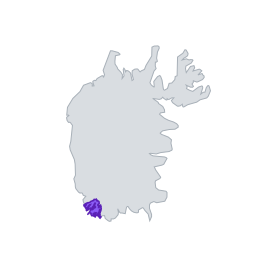 location of Fjarðabyggð, Austurland, Iceland, rotated 114°
{"feature_id": "244011B48850905136863", "entity_name": "Fjarðabyggð", "entity_type": "district", "adm_level": 2, "iso_a3": "ISL", "parent_name": "Iceland", "parent_adm1": "Austurland", "projection": "mercator", "projection_center": [-13.826, 65.041], "detail": "fine", "context": "in_parent", "style": "filled", "palette": "violet", "viewbox_px": 256, "rotation_deg": 114, "n_neighbors": 0, "source": "geoboundaries", "source_scale": "gbopen_adm2", "svg_char_len": 8213}
<svg xmlns="http://www.w3.org/2000/svg" viewBox="0 0 256 256"><g transform="rotate(114 128 128)"><path d="M187.5,77.0L189.5,77.1L192.7,75.7L197.4,71.3L199.4,70.4L203.9,70.4L198.4,74.6L196.4,79.1L194.9,81.4L194.9,82.4L198.7,85.1L200.6,84.2L201.4,84.6L202.1,85.9L202.6,88.4L202.3,91.1L201.2,93.8L199.7,96.0L199.9,96.7L201.1,97.1L207.4,95.7L208.1,99.0L208.7,100.1L208.5,101.2L206.0,104.6L209.0,102.4L211.3,101.8L215.3,102.9L216.9,104.2L217.9,106.4L219.9,105.7L220.8,107.0L220.8,108.3L219.9,112.0L217.6,113.8L219.0,116.4L220.2,116.5L220.4,117.1L220.3,118.7L218.4,120.5L221.4,122.6L221.8,123.3L221.6,125.6L221.1,126.9L220.2,127.7L218.0,127.9L216.7,128.7L217.2,130.1L216.7,134.0L215.0,137.2L213.4,138.9L211.8,140.0L207.5,138.8L207.7,141.5L206.1,143.2L206.4,144.6L207.0,145.3L206.7,147.1L204.7,150.9L203.3,152.1L200.5,153.5L196.5,156.8L192.5,156.8L182.5,161.6L178.6,164.2L171.5,171.9L168.5,173.9L163.5,174.8L148.2,179.8L146.5,182.8L146.4,183.5L147.1,184.6L145.9,186.7L143.6,188.3L142.6,188.2L140.7,187.0L140.4,187.6L141.2,189.2L133.7,191.7L123.4,190.4L114.3,186.7L107.0,186.0L101.9,180.8L101.8,180.0L102.3,178.5L104.2,177.8L103.3,176.2L100.2,179.0L99.2,178.9L97.9,177.8L97.8,176.7L95.3,176.3L90.8,173.0L90.5,172.2L91.5,171.2L91.3,171.0L88.9,171.1L85.4,174.2L64.6,175.4L63.9,173.8L63.0,167.8L63.8,165.3L64.6,165.5L67.1,168.9L72.6,167.0L74.9,165.8L77.0,162.5L78.2,161.4L79.9,157.3L81.6,154.7L85.2,153.5L82.0,152.8L76.7,156.1L75.0,156.1L75.8,154.7L77.6,153.0L76.3,152.9L75.9,152.2L75.8,150.6L76.7,148.1L83.0,143.6L81.5,142.7L77.2,146.2L74.0,147.4L71.5,145.8L70.3,143.7L70.3,142.8L71.8,140.1L71.6,139.5L70.6,139.3L67.8,136.8L63.4,137.0L52.6,135.6L44.4,139.0L42.5,137.4L40.8,134.0L41.2,132.6L42.6,131.9L46.6,132.0L52.5,130.3L55.2,128.3L56.2,128.8L56.7,129.8L60.3,128.3L62.3,126.5L65.5,127.4L77.7,126.4L79.3,124.1L80.0,121.3L79.7,120.7L75.2,123.3L74.2,123.2L69.0,121.9L67.1,120.3L67.7,119.1L70.4,116.4L77.5,111.9L78.5,111.0L78.6,110.0L75.8,108.0L70.5,108.6L69.1,106.3L64.8,104.9L61.8,105.8L60.3,104.4L43.0,111.6L37.4,108.3L33.4,107.8L33.1,106.7L35.4,103.5L37.0,103.0L38.6,103.3L41.7,105.5L43.8,106.2L41.1,102.9L41.0,99.8L40.2,99.0L39.4,96.9L39.7,96.2L42.9,96.6L47.9,100.3L50.4,99.6L53.7,97.3L46.4,96.0L44.2,93.1L45.8,91.6L49.5,91.8L45.3,86.9L45.2,86.0L45.8,83.8L51.1,85.7L48.3,82.7L48.2,82.1L49.0,81.5L49.5,79.7L50.8,79.0L53.4,79.6L57.5,83.1L58.1,84.0L58.3,87.5L59.9,86.9L61.8,87.4L63.4,85.1L64.5,85.6L65.3,87.7L65.2,92.3L66.3,90.7L68.2,90.6L68.5,86.8L68.2,83.7L61.9,80.2L59.5,77.6L59.8,76.8L61.0,76.0L67.5,75.3L64.7,73.8L64.0,72.3L59.1,72.9L56.6,72.2L56.5,71.4L57.5,70.3L60.5,67.8L66.2,67.6L68.5,68.3L72.9,73.6L76.4,75.7L82.4,82.9L86.1,85.6L86.3,86.3L85.7,87.1L84.2,88.1L86.5,89.3L87.8,91.2L87.9,92.0L86.7,97.6L85.3,99.5L81.8,98.4L82.6,100.2L85.1,102.1L85.7,103.2L85.3,104.2L86.5,103.9L86.9,104.5L86.3,107.7L85.7,108.8L87.8,109.5L89.2,111.1L90.9,117.5L91.9,112.6L92.3,110.8L93.2,110.1L94.2,105.0L96.5,102.1L98.7,100.9L101.0,104.5L102.6,104.8L104.3,98.6L104.5,94.0L104.0,88.9L104.3,85.3L105.4,83.1L106.9,82.5L110.0,84.6L112.6,89.7L116.5,95.2L119.3,96.5L119.8,96.4L120.2,94.6L119.9,87.4L121.1,83.5L124.4,82.6L129.3,79.0L130.4,78.9L132.8,80.9L137.2,88.2L140.2,91.6L141.9,97.0L142.6,98.0L143.2,96.3L143.3,93.9L139.6,82.8L139.5,81.2L139.9,80.0L146.6,80.6L148.1,81.9L152.8,88.2L155.1,85.6L159.7,78.1L161.2,78.3L165.1,81.4L166.7,81.1L171.2,78.4L172.2,74.8L170.3,67.6L171.1,66.1L175.3,64.3L179.9,64.6L184.6,71.4L184.7,74.5L187.5,77.0Z" fill="#d9dde1" stroke="#a8b0b8" stroke-width="1"/><path d="M211.0,120.4L210.5,120.9L210.3,121.2L209.8,121.4L209.5,121.7L209.6,121.9L209.8,121.7L210.5,122.0L210.8,122.0L211.7,122.2L212.5,122.1L212.7,122.6L211.0,123.1L210.7,123.0L210.7,123.8L210.9,124.1L210.3,124.4L208.5,123.6L207.0,124.6L206.8,124.9L206.9,125.2L206.8,125.4L206.8,125.5L206.8,125.8L207.0,125.9L206.5,126.6L206.6,126.9L206.9,127.0L206.3,127.5L206.1,127.9L205.9,128.1L206.4,128.4L206.6,128.7L206.9,129.4L206.9,129.8L207.2,129.8L207.8,130.2L208.3,129.9L208.6,130.2L208.7,130.5L208.9,130.7L208.9,130.9L209.0,131.1L209.3,131.1L209.5,131.3L209.9,131.6L210.0,131.8L210.1,132.0L210.3,132.3L211.2,132.4L211.4,132.6L211.7,133.1L212.1,133.4L212.1,133.5L212.3,133.8L212.5,133.9L212.6,134.4L213.0,134.5L213.1,134.8L213.3,135.1L213.5,135.1L213.6,135.3L213.9,135.4L214.0,135.7L214.4,135.9L214.5,136.1L214.8,136.1L215.1,136.1L215.2,136.3L215.6,136.3L215.8,136.4L216.0,136.5L216.5,136.4L216.5,136.5L216.6,136.4L216.6,136.6L216.8,136.5L217.0,136.6L217.1,136.4L216.8,136.2L216.6,136.2L215.9,135.7L215.0,135.2L214.9,135.1L215.0,134.9L215.3,134.9L216.1,135.1L216.3,135.2L216.2,135.2L216.3,135.3L216.7,135.3L216.8,135.4L216.9,135.6L217.0,135.5L217.4,135.4L217.6,134.9L217.9,134.9L218.1,134.6L218.3,134.4L218.5,133.9L218.3,133.7L218.2,133.5L217.9,133.4L217.7,133.3L217.6,133.2L217.4,133.1L217.2,133.0L217.2,132.9L216.9,132.7L216.7,132.5L215.5,132.3L215.4,132.4L214.3,132.1L213.7,131.8L213.4,131.5L213.4,131.4L213.5,131.3L213.4,131.2L213.5,131.2L213.4,131.1L213.5,131.1L214.8,131.7L215.6,131.8L215.9,131.7L216.2,131.8L216.5,131.6L217.2,132.0L217.4,131.9L217.5,132.0L217.8,132.1L218.1,132.0L218.3,132.1L218.5,132.1L218.5,132.3L218.6,132.1L218.9,132.0L219.2,132.1L219.4,132.0L219.6,132.0L219.7,131.9L219.7,131.5L219.6,131.2L219.7,130.9L219.6,131.1L219.2,131.2L218.9,131.0L218.4,131.0L218.0,130.8L217.9,130.7L217.6,130.3L217.5,130.1L217.2,130.0L217.0,129.8L216.9,129.8L216.8,129.6L216.7,129.7L216.3,129.5L216.3,129.3L216.4,129.1L216.2,128.9L216.1,128.7L215.7,128.3L215.6,128.1L215.4,128.1L215.2,128.2L214.6,128.2L214.3,128.0L214.1,128.0L213.8,127.9L213.8,128.0L213.1,127.7L211.8,127.9L211.6,127.8L211.1,127.9L210.7,127.7L210.4,127.7L210.0,127.6L210.1,127.4L210.1,127.2L210.4,127.2L210.7,127.1L211.6,127.4L211.9,127.2L212.3,127.3L212.6,127.1L212.8,126.9L213.2,126.9L213.6,126.7L213.7,126.8L213.8,126.8L213.7,126.7L213.8,126.7L214.0,126.8L214.4,126.7L214.2,126.5L214.0,126.3L213.8,125.9L213.5,125.5L213.5,125.4L213.4,125.4L213.5,125.2L213.5,125.3L213.9,125.4L214.3,125.9L214.3,126.0L214.8,126.3L215.8,126.6L216.4,127.0L216.6,127.0L216.8,127.4L217.1,127.5L217.2,127.8L217.4,127.8L217.4,128.0L217.6,128.3L217.6,128.5L217.9,128.9L218.2,129.0L218.4,128.9L219.1,129.0L219.5,128.9L220.1,129.0L220.7,128.7L220.9,128.7L221.1,128.4L221.1,128.2L221.1,127.9L220.8,127.5L221.0,127.0L221.1,126.9L221.3,127.0L222.0,126.7L222.3,126.2L222.5,125.9L222.7,125.6L222.8,125.6L222.9,125.3L222.9,125.2L222.5,124.9L222.3,125.0L222.2,124.8L222.1,124.5L222.1,124.4L222.4,123.9L222.4,123.6L222.4,123.4L222.4,123.1L222.3,122.9L222.4,122.7L222.6,122.1L222.5,121.9L222.5,121.7L222.4,121.7L222.3,121.9L222.2,122.1L222.1,122.3L221.9,122.4L221.8,122.6L221.7,122.5L221.6,122.8L221.6,123.1L221.4,123.4L221.3,123.7L221.2,123.9L221.2,124.0L220.8,124.5L220.5,124.9L220.3,124.8L220.7,124.0L220.7,123.8L219.8,124.1L219.4,124.1L219.3,123.9L219.7,123.8L219.7,123.7L220.1,123.4L220.2,123.1L219.5,122.9L219.0,123.0L218.9,123.0L218.6,123.2L218.8,123.0L218.7,122.9L218.4,123.1L218.6,122.9L218.8,122.9L218.7,122.8L218.8,122.8L218.7,122.9L218.7,122.7L218.8,122.7L219.0,122.4L219.4,122.4L219.7,122.4L220.2,122.3L220.4,122.0L220.6,121.4L220.7,121.2L220.7,120.9L220.7,120.6L220.2,120.4L219.9,120.6L219.6,120.7L219.0,120.6L218.8,120.7L217.8,120.8L217.0,120.4L216.2,120.3L215.7,120.5L214.0,120.8L213.9,120.6L214.2,120.5L215.3,120.3L216.2,119.9L217.9,120.1L218.5,120.0L218.9,119.9L219.6,119.8L220.2,119.5L220.5,119.3L220.5,119.2L220.8,118.8L220.8,118.6L221.0,118.4L221.0,118.2L221.1,117.9L221.3,117.8L221.3,117.7L221.6,117.4L221.3,117.2L221.2,117.0L220.8,116.9L220.7,116.8L220.8,116.7L220.7,116.7L220.6,116.8L220.4,116.6L220.2,116.5L220.1,116.9L220.2,117.0L220.3,117.3L219.8,117.6L219.6,117.8L219.6,118.1L219.1,118.1L219.1,118.3L218.9,118.4L218.3,118.4L218.2,118.6L218.1,118.9L217.3,119.1L217.0,118.9L216.8,118.9L216.1,119.1L215.4,119.4L215.0,119.4L214.7,119.1L214.3,119.4L213.8,119.3L212.4,119.7L212.0,120.1L211.8,120.5L211.0,120.4ZM219.6,132.5L219.5,132.4L219.5,132.6L219.4,132.8L219.5,132.8L219.4,132.9L219.5,132.9L219.6,132.5ZM222.6,129.3L222.5,129.2L222.4,129.3L222.5,129.4L222.4,129.5L222.6,129.5L222.5,129.3L222.6,129.3ZM220.8,132.5L220.6,132.4L220.6,132.5L220.8,132.5ZM219.0,132.8L219.1,132.6L219.0,132.8ZM222.3,130.0L222.4,129.9L222.3,130.0Z" fill="#8b5cf6" stroke="#5b21b6" stroke-width="1.5"/></g></svg>